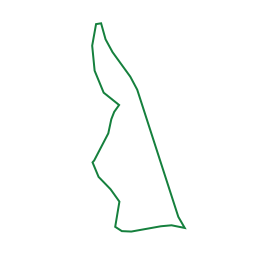 an SVG outline of Saint Croix, rotated 261°
{"feature_id": "VIR-4870", "entity_name": "Saint Croix", "entity_type": "state/province", "adm_level": 1, "iso_a3": "VIR", "parent_name": "United States Virgin Islands", "parent_adm1": "", "projection": "robinson", "projection_center": [-64.734, 17.738], "detail": "fine", "context": "isolated", "style": "outline", "palette": "green", "viewbox_px": 256, "rotation_deg": 261, "n_neighbors": 0, "source": "natural_earth", "source_scale": "10m", "svg_char_len": 463}
<svg xmlns="http://www.w3.org/2000/svg" viewBox="0 0 256 256"><g transform="rotate(261 128 128)"><path d="M235.6,117.8L219.1,119.7L205.3,124.6L178.3,138.3L164.4,143.1L32.4,163.8L20.4,168.4L25.1,155.8L25.8,145.1L25.2,115.1L27.1,105.8L32.4,99.9L56.6,108.0L70.2,101.2L84.3,91.3L99.6,87.6L101.2,89.5L125.8,107.7L139.3,112.9L146.1,116.9L152.1,122.8L166.7,109.5L189.8,104.0L214.9,105.5L235.6,112.7L235.6,117.8Z" fill="none" stroke="#15803d" stroke-width="2"/></g></svg>